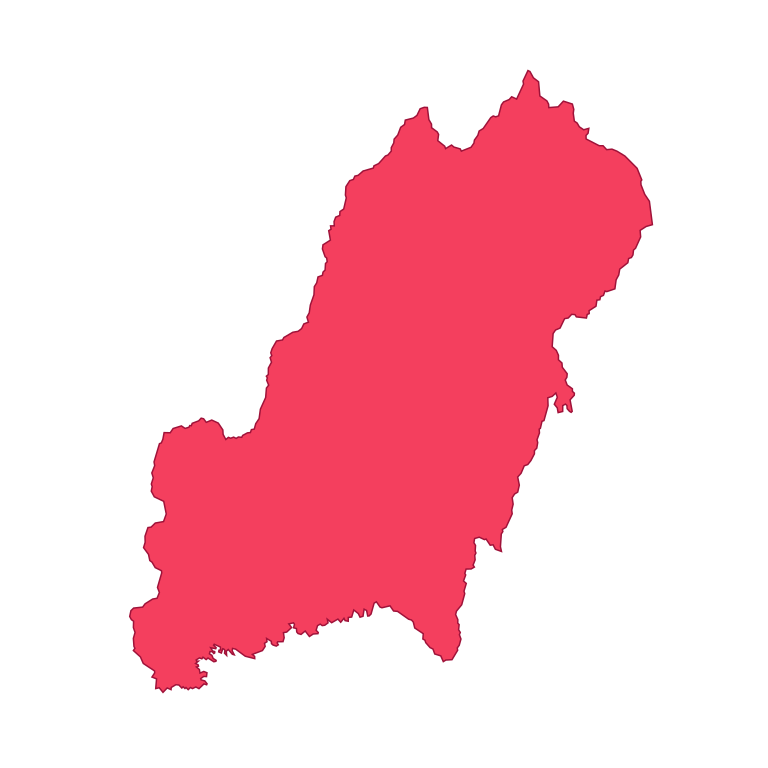 the district of Nam Pat, Uttaradit, Thailand, rotated 170°
{"feature_id": "78962969B51395146999096", "entity_name": "Nam Pat", "entity_type": "district", "adm_level": 2, "iso_a3": "THA", "parent_name": "Thailand", "parent_adm1": "Uttaradit", "projection": "equal_earth", "projection_center": [100.784, 17.695], "detail": "fine", "context": "isolated", "style": "filled", "palette": "rose", "viewbox_px": 768, "rotation_deg": 170, "n_neighbors": 0, "source": "geoboundaries", "source_scale": "gbopen_adm2", "svg_char_len": 6163}
<svg xmlns="http://www.w3.org/2000/svg" viewBox="0 0 768 768"><g transform="rotate(170 384 384)"><path d="M559.0,136.0L558.7,138.2L560.6,140.6L550.0,142.6L546.6,146.2L546.7,149.4L544.0,150.5L543.8,153.8L539.7,150.2L539.9,147.8L538.6,146.2L535.6,144.6L533.4,145.5L534.2,147.6L533.5,148.6L528.2,147.8L526.4,151.4L526.2,156.6L522.9,156.6L517.3,160.2L519.4,164.3L514.6,164.5L513.9,162.9L515.4,159.6L512.7,158.4L513.0,155.0L512.0,153.2L509.2,151.8L504.5,154.4L501.3,148.3L497.1,150.1L492.4,149.6L491.9,150.7L493.6,153.3L491.4,157.6L488.5,158.6L486.8,156.8L484.2,156.7L480.6,158.5L480.7,162.2L477.0,158.0L470.2,160.5L468.0,156.9L464.1,160.2L463.4,157.7L460.4,156.6L459.7,160.3L456.3,160.1L453.0,166.7L449.2,162.4L448.1,158.5L445.0,158.9L442.7,165.7L440.5,164.0L440.3,158.3L438.9,158.2L436.7,159.7L431.8,169.9L429.3,170.8L426.6,165.0L424.9,164.0L416.6,164.5L414.0,158.8L410.1,157.7L400.6,148.1L397.9,146.8L396.5,144.5L396.1,138.4L388.7,131.3L390.0,126.1L388.2,124.6L387.8,122.0L384.4,116.4L381.8,114.5L380.9,109.3L375.3,106.4L373.8,100.3L371.0,101.4L364.9,100.7L357.7,109.0L357.7,111.3L355.3,113.6L352.5,119.5L353.3,124.0L352.0,126.1L353.2,129.0L351.8,134.0L352.9,135.7L352.2,139.1L353.5,144.5L352.1,147.7L345.8,153.1L340.9,163.5L341.2,166.1L337.6,173.3L339.9,176.2L336.7,181.8L337.3,183.4L335.3,187.5L330.3,186.7L326.8,188.0L327.7,190.2L324.8,195.0L324.4,199.5L322.8,201.6L323.2,203.7L321.9,209.1L323.0,212.1L321.6,216.1L316.8,216.6L312.1,213.3L310.4,213.6L307.4,206.8L304.5,206.7L303.0,201.9L297.4,198.7L297.6,203.5L294.5,216.0L292.6,218.0L292.7,220.2L288.7,221.7L280.3,233.9L280.1,237.7L277.7,243.2L277.5,249.8L274.5,253.0L271.1,254.3L268.3,260.9L268.5,269.2L264.5,272.3L260.1,279.1L256.4,279.7L252.6,283.1L248.0,289.1L247.4,292.3L244.7,294.3L242.8,299.6L243.0,302.5L239.4,308.8L239.0,312.6L237.7,313.2L234.9,319.8L232.8,320.2L226.2,334.1L225.1,342.0L220.5,342.6L216.3,345.3L215.6,340.9L219.8,334.5L217.5,330.4L217.5,325.6L212.8,325.9L211.7,331.7L208.8,332.7L207.6,331.1L207.9,327.9L206.1,324.9L204.6,323.6L203.4,324.4L203.5,336.1L198.6,339.9L198.1,341.9L199.7,344.0L199.3,346.6L203.8,351.2L204.8,356.5L202.7,358.9L201.8,362.3L205.5,369.5L205.1,373.8L208.0,377.6L207.2,382.0L208.5,387.2L211.9,391.5L208.7,404.3L205.7,407.4L200.9,408.5L194.8,417.0L191.1,417.0L187.1,420.0L183.9,419.2L182.9,416.7L173.2,413.8L171.8,417.2L169.7,417.7L169.3,420.6L161.7,423.8L159.8,429.6L156.8,429.5L155.6,432.4L152.5,433.2L150.2,437.2L148.6,436.3L140.1,437.6L137.3,446.3L133.9,450.6L131.9,456.2L122.8,461.1L121.3,465.1L118.4,465.6L116.4,467.9L115.0,472.6L112.7,474.0L105.7,484.3L105.1,490.8L98.5,493.6L92.0,494.3L90.9,517.8L94.3,525.5L96.3,535.5L95.9,539.0L94.7,540.2L97.3,552.5L107.2,566.7L114.1,572.8L118.7,575.7L124.0,576.1L126.9,580.6L130.7,581.3L142.4,590.2L141.9,593.7L139.5,595.5L137.9,600.2L143.2,599.7L147.0,603.4L148.5,607.5L150.9,609.8L150.6,617.8L149.4,621.5L149.9,627.0L158.2,631.4L164.4,626.7L173.7,627.6L173.3,631.0L174.4,634.5L180.5,640.6L179.3,654.8L183.7,659.6L186.0,666.4L187.8,667.7L194.5,658.2L194.5,655.1L203.9,641.6L208.4,644.7L211.3,642.4L217.3,641.0L219.9,638.5L224.6,628.2L227.6,627.7L229.9,629.0L232.6,627.8L241.9,618.4L246.4,616.6L248.4,612.6L252.6,608.5L253.6,605.6L257.2,602.0L267.4,599.9L268.1,602.3L274.0,605.2L276.0,607.6L282.5,605.1L282.9,607.6L288.8,614.3L286.9,620.3L287.8,623.0L292.6,628.1L292.1,631.7L293.9,636.6L293.3,648.8L296.3,649.5L300.6,648.8L304.9,642.8L308.9,640.8L317.2,640.2L318.7,636.0L323.0,633.9L327.2,626.8L331.5,623.4L332.5,619.7L335.8,615.5L336.4,612.1L340.4,608.8L343.0,608.3L351.0,602.0L356.0,600.6L357.0,598.5L367.6,597.4L373.2,594.0L376.6,593.8L378.6,590.8L382.4,590.2L387.2,585.0L389.2,576.8L388.8,573.9L393.3,563.3L397.4,561.5L398.3,557.7L402.6,556.7L405.0,552.6L405.5,548.4L409.2,549.0L409.3,545.6L411.8,544.6L411.8,535.0L419.9,531.7L421.2,527.7L419.9,519.6L418.6,518.1L418.7,514.3L420.7,512.8L422.2,506.5L424.6,504.8L425.8,501.7L430.4,500.9L432.7,495.3L435.7,492.0L437.5,484.0L442.8,474.6L445.3,467.0L448.3,463.3L447.7,458.0L452.5,457.1L455.5,452.9L459.4,450.8L464.8,450.8L474.5,447.2L476.3,445.0L482.4,445.0L488.0,438.3L490.1,434.4L489.6,431.4L491.6,429.7L491.0,425.0L495.1,419.8L496.3,413.4L498.5,412.1L497.8,410.3L498.9,408.1L497.8,402.9L500.5,400.4L502.9,391.2L510.1,380.7L513.0,371.6L517.2,367.2L519.6,362.1L522.5,362.1L524.0,359.4L527.0,359.6L532.1,357.9L533.4,356.2L536.6,357.1L539.1,356.1L541.3,357.8L544.4,357.2L546.5,358.5L549.4,356.8L551.2,362.3L550.7,366.8L554.0,374.3L559.9,378.4L565.7,377.1L567.7,381.1L570.0,382.1L572.9,379.9L579.7,378.6L581.0,376.4L582.5,376.8L583.6,375.3L587.6,374.8L590.8,377.9L599.4,376.8L603.0,373.1L609.0,374.3L611.4,367.9L613.5,364.7L615.5,364.2L624.0,347.2L624.0,343.4L628.1,336.7L627.5,331.7L630.5,325.9L630.1,323.2L631.8,318.9L629.8,312.8L621.3,306.7L621.0,293.8L625.0,286.8L633.4,286.8L638.2,283.5L641.4,283.6L645.8,275.6L646.7,269.6L649.2,264.6L645.5,257.1L645.3,250.8L643.4,248.8L641.2,242.9L635.6,238.8L635.7,236.6L642.4,223.0L641.4,217.7L644.7,212.4L649.2,212.4L657.5,209.0L660.4,206.2L669.5,206.8L672.6,204.7L674.8,199.2L673.7,195.8L671.8,193.9L673.1,187.6L672.3,182.6L675.0,177.0L675.8,169.0L675.2,167.0L677.1,165.0L671.3,157.6L669.6,150.6L659.8,141.3L660.0,139.3L663.4,135.7L659.2,133.1L661.7,123.7L658.1,123.9L655.2,118.7L650.3,122.3L646.8,120.0L646.2,122.1L641.2,124.0L638.3,123.2L635.9,119.7L634.4,120.7L632.9,118.7L631.7,119.5L629.9,117.0L627.3,118.7L625.5,117.3L621.9,118.3L619.1,116.1L613.4,119.9L610.9,118.6L610.3,119.5L612.0,122.7L615.5,124.4L615.7,125.7L612.3,127.3L609.6,126.7L608.5,130.4L611.4,132.2L615.4,131.3L615.4,134.9L617.9,137.9L615.7,138.3L615.8,139.7L618.1,141.5L614.9,143.3L616.7,143.6L616.9,144.9L613.3,146.3L611.1,145.0L609.7,146.4L607.0,143.5L604.9,144.7L599.8,140.0L597.7,140.1L597.3,141.0L599.9,143.4L600.6,146.7L602.8,148.6L601.8,150.7L599.7,150.2L598.4,148.1L597.4,148.6L597.2,149.9L599.1,150.8L600.5,154.4L595.7,152.5L595.1,153.4L597.2,156.4L596.4,157.2L590.8,153.4L591.1,150.5L592.7,150.5L593.3,148.9L590.9,147.3L588.7,151.3L587.8,150.8L586.9,149.3L587.8,146.6L586.1,144.1L585.7,148.2L583.5,149.6L580.3,144.2L578.5,143.3L579.8,147.7L579.1,149.9L576.1,148.6L567.9,140.0L559.0,136.0Z" fill="#f43f5e" stroke="#9f1239" stroke-width="1.5"/></g></svg>